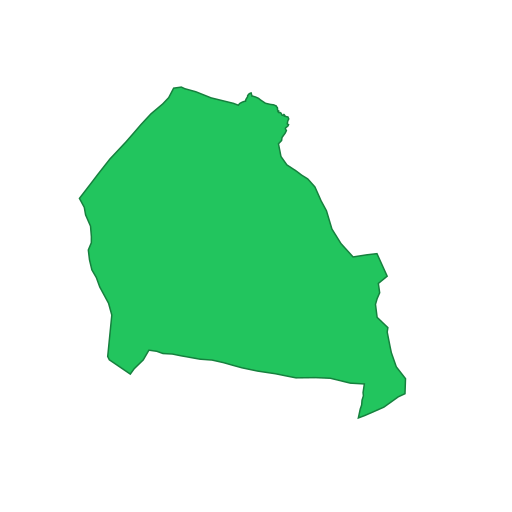 Gwer West, Benue, Nigeria (orthographic projection), rotated 289°
{"feature_id": "59680162B25446485561557", "entity_name": "Gwer West", "entity_type": "district", "adm_level": 2, "iso_a3": "NGA", "parent_name": "Nigeria", "parent_adm1": "Benue", "projection": "orthographic", "projection_center": [8.277, 7.602], "detail": "fine", "context": "isolated", "style": "filled", "palette": "green", "viewbox_px": 512, "rotation_deg": 289, "n_neighbors": 0, "source": "geoboundaries", "source_scale": "gbopen_adm2", "svg_char_len": 2043}
<svg xmlns="http://www.w3.org/2000/svg" viewBox="0 0 512 512"><g transform="rotate(289 256 256)"><path d="M103.4,175.6L109.7,177.5L121.0,183.2L132.1,185.4L133.6,193.2L133.5,199.8L136.1,208.9L137.2,217.4L140.2,236.6L143.3,248.3L144.6,260.1L145.1,269.4L145.7,279.0L147.7,294.9L149.8,306.3L151.0,312.7L152.8,326.3L153.8,333.4L160.4,351.9L164.6,366.0L166.5,386.6L170.3,400.1L161.7,401.7L158.7,403.1L154.2,403.2L149.6,404.4L145.3,404.4L136.2,405.5L140.5,410.7L154.7,426.1L169.2,436.4L174.3,441.7L188.7,437.3L196.9,424.7L208.7,415.4L213.9,412.3L226.8,404.8L231.2,404.0L237.4,390.5L249.2,384.7L255.1,384.4L261.5,384.9L269.9,380.6L279.6,386.6L297.6,369.6L293.1,360.2L286.7,348.1L295.4,332.3L306.2,319.0L321.7,307.9L329.5,299.4L331.7,297.4L340.5,289.2L345.7,279.9L347.3,272.9L349.4,266.5L352.2,255.5L358.2,247.2L369.4,240.7L373.5,242.6L376.5,242.0L381.8,243.6L384.5,243.9L385.9,242.3L386.9,242.3L387.9,243.0L389.5,243.9L390.8,244.0L391.1,242.5L394.6,242.0L395.3,242.3L396.3,242.3L397.1,241.6L397.9,240.8L397.7,240.0L397.6,238.4L397.5,237.4L398.2,237.5L398.7,236.8L398.9,236.3L397.9,235.8L397.6,234.9L398.2,234.3L399.3,233.0L399.5,232.0L399.0,231.1L399.4,230.2L400.1,230.3L400.0,229.8L400.5,229.9L400.5,229.4L400.8,229.1L401.1,229.0L401.4,228.6L402.5,228.3L403.4,227.8L403.5,227.3L403.9,226.8L404.2,226.3L404.6,226.0L404.5,225.1L404.7,223.6L404.0,220.1L403.5,215.2L405.1,209.2L405.9,207.1L406.2,203.8L406.1,200.7L405.8,200.2L408.6,198.3L407.9,197.4L406.6,196.4L404.8,195.9L403.8,196.2L401.8,195.7L400.8,195.5L398.9,195.7L398.7,195.0L397.9,194.0L397.1,193.0L396.9,192.8L395.3,191.3L394.8,190.9L394.5,190.8L393.7,190.5L392.8,190.2L393.0,185.1L390.9,162.0L391.7,145.8L391.0,134.2L391.4,130.4L387.9,123.5L377.3,121.9L369.4,118.3L356.2,110.4L342.9,104.5L334.6,101.2L321.5,95.9L300.2,86.3L281.7,79.9L271.1,76.4L253.0,70.3L246.1,77.8L239.4,81.5L230.4,89.8L220.6,94.1L214.9,96.0L207.1,95.5L198.2,99.8L189.5,105.3L183.6,112.1L175.8,118.4L163.3,132.0L153.2,138.9L112.7,148.5L110.1,151.1L103.4,175.6Z" fill="#22c55e" stroke="#15803d" stroke-width="1.5"/></g></svg>